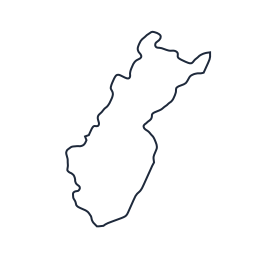 Arenoso, Duarte, Dominican Republic (orthographic projection), rotated 114°
{"feature_id": "3306468B79017025460716", "entity_name": "Arenoso", "entity_type": "district", "adm_level": 2, "iso_a3": "DOM", "parent_name": "Dominican Republic", "parent_adm1": "Duarte", "projection": "orthographic", "projection_center": [-69.786, 19.183], "detail": "fine", "context": "isolated", "style": "outline", "palette": "slate", "viewbox_px": 256, "rotation_deg": 114, "n_neighbors": 0, "source": "geoboundaries", "source_scale": "gbopen_adm2", "svg_char_len": 3839}
<svg xmlns="http://www.w3.org/2000/svg" viewBox="0 0 256 256"><g transform="rotate(114 128 128)"><path d="M25.5,83.8L27.3,86.7L28.2,87.9L29.6,89.5L31.2,90.9L32.9,92.1L35.3,93.1L38.0,94.5L39.1,94.9L41.4,95.5L42.5,96.0L42.9,96.3L43.3,96.9L43.6,97.5L43.8,98.1L44.0,99.5L44.1,102.4L44.0,107.0L43.8,109.1L43.5,110.4L43.2,110.9L42.8,111.4L42.4,111.7L40.1,112.6L39.3,113.2L38.7,114.2L38.5,115.3L38.5,116.5L38.8,117.8L40.3,121.0L40.7,122.4L41.0,124.6L41.4,129.7L41.9,131.7L42.6,133.7L42.7,134.7L42.6,135.2L42.4,135.7L41.7,136.6L40.6,137.1L40.1,137.2L39.5,137.3L38.3,137.0L35.3,135.4L34.1,135.1L32.9,134.9L32.3,135.0L31.2,135.3L30.6,135.7L30.2,136.2L29.9,136.8L29.6,138.0L29.4,140.1L29.6,142.2L29.8,143.5L30.2,144.8L30.6,145.3L31.0,145.8L32.0,146.4L35.5,148.6L37.9,149.6L41.2,151.2L43.3,151.8L44.8,151.9L47.0,152.0L49.2,151.9L50.6,151.7L51.3,151.5L52.5,150.9L53.4,150.1L54.2,149.2L55.5,146.6L56.1,145.8L56.9,145.1L58.0,144.8L58.5,144.9L59.6,145.3L62.6,147.7L63.7,148.3L65.1,148.8L67.4,149.2L71.3,149.2L73.6,149.1L75.1,148.9L77.2,148.4L79.6,147.2L80.7,147.0L81.2,147.0L81.8,147.2L82.3,147.5L82.7,148.0L83.1,149.2L83.2,151.2L83.0,156.4L83.1,157.8L83.3,158.4L83.6,159.0L84.0,159.6L84.5,160.0L85.1,160.3L86.4,160.6L88.5,160.8L93.0,160.8L95.2,160.7L97.3,160.4L98.6,160.0L99.1,159.6L99.5,159.2L101.1,157.1L102.0,156.3L103.0,155.7L103.7,155.4L105.1,155.1L106.6,154.9L108.9,154.9L112.8,155.0L114.3,155.2L115.8,155.5L117.1,155.9L119.8,157.3L121.1,157.7L124.2,158.5L127.5,159.9L128.7,160.2L130.0,160.1L131.2,159.7L132.3,159.0L135.2,156.6L136.3,156.1L137.4,156.0L137.9,156.1L138.4,156.4L138.7,156.8L139.0,157.2L139.8,159.4L140.1,159.8L140.6,160.2L141.1,160.4L141.8,160.6L143.1,160.8L147.6,160.9L150.4,160.9L153.2,163.8L156.0,161.0L158.7,161.0L160.0,161.2L161.3,161.6L162.4,162.3L163.2,163.1L164.0,164.1L165.2,167.0L167.2,170.6L167.9,171.6L168.8,172.4L171.8,174.1L172.9,174.6L174.2,174.7L175.5,174.5L176.7,173.9L177.7,173.1L180.4,170.9L181.5,170.2L183.9,169.1L186.6,167.7L187.7,167.3L190.0,166.7L191.1,166.3L191.5,165.9L191.8,165.4L192.2,164.3L192.4,163.1L192.4,161.2L192.9,159.3L193.1,158.7L193.8,157.7L195.1,156.4L196.8,155.2L197.8,154.8L198.2,154.5L199.5,153.3L200.1,152.3L200.3,151.8L201.0,149.0L201.3,148.5L201.6,148.1L202.1,147.8L202.6,147.5L203.7,147.4L204.8,147.6L205.3,147.8L205.8,148.1L206.1,148.5L207.2,150.2L207.9,150.9L208.8,151.4L209.3,151.6L210.4,151.5L211.3,151.1L212.8,150.3L213.7,149.8L214.2,149.4L214.6,149.0L215.9,147.1L216.6,146.2L217.4,145.5L219.2,144.1L219.6,143.7L220.1,142.6L220.4,141.3L220.5,139.2L220.5,133.4L220.7,132.0L221.0,130.6L221.8,128.9L223.7,125.9L224.5,125.2L225.9,124.2L226.8,123.5L227.9,122.2L228.6,121.1L230.5,116.4L229.6,114.5L227.3,110.6L226.3,110.1L225.2,109.4L223.1,107.7L220.1,104.7L213.2,97.6L211.2,95.7L209.6,94.5L208.4,94.0L207.0,93.7L205.0,93.6L191.9,93.6L187.2,93.5L185.7,93.2L184.3,92.9L181.6,91.7L180.2,91.2L178.6,90.9L177.1,90.7L173.0,90.6L155.8,90.5L152.5,90.5L148.9,90.2L145.6,92.2L144.5,92.7L143.9,92.9L141.9,93.2L137.1,93.3L135.1,93.4L133.8,93.8L133.2,94.1L131.5,95.2L129.5,97.1L127.6,99.1L126.3,100.7L125.6,101.8L124.6,104.2L123.5,106.4L123.0,107.6L122.7,108.8L122.3,111.3L121.9,112.5L121.7,113.0L120.9,113.9L120.5,114.2L120.0,114.5L119.4,114.6L118.8,114.5L117.8,114.2L116.4,113.4L114.1,112.4L112.0,111.2L110.9,110.8L110.3,110.6L109.1,110.6L108.0,110.8L106.1,111.5L105.6,111.5L105.0,111.4L104.5,111.2L104.0,110.9L103.0,110.2L99.0,106.4L97.5,105.2L96.3,104.5L94.0,103.4L91.3,101.8L88.9,100.8L86.3,99.3L85.0,98.9L83.7,98.6L82.4,98.5L78.9,98.5L76.9,98.7L75.6,98.9L73.0,99.9L72.5,100.0L71.9,100.1L71.4,99.9L70.8,99.7L70.3,99.4L69.3,98.7L65.5,94.9L63.8,93.7L63.2,93.4L61.9,93.1L60.6,92.9L57.3,92.6L56.0,92.4L54.7,91.9L53.7,91.2L52.2,89.9L51.4,89.0L50.6,87.9L49.9,86.9L48.6,84.0L47.9,82.9L46.7,81.4L36.0,81.3L32.2,81.4L30.8,81.7L29.5,82.0L25.5,83.8Z" fill="none" stroke="#1e293b" stroke-width="2"/></g></svg>